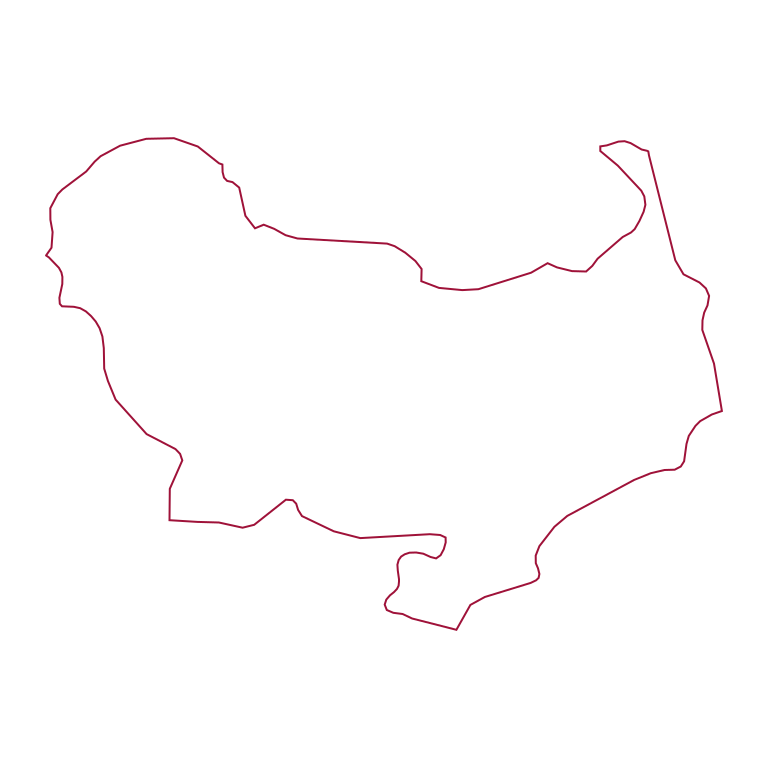 the border of Skikda
{"feature_id": "DZA-2166", "entity_name": "Skikda", "entity_type": "Province", "adm_level": 1, "iso_a3": "DZA", "parent_name": "Algeria", "parent_adm1": "", "projection": "albers", "projection_center": [6.827, 36.763], "detail": "fine", "context": "isolated", "style": "outline", "palette": "rose", "viewbox_px": 768, "rotation_deg": 0, "n_neighbors": 0, "source": "natural_earth", "source_scale": "10m", "svg_char_len": 2058}
<svg xmlns="http://www.w3.org/2000/svg" viewBox="0 0 768 768"><path d="M46.1,255.4L51.5,247.7L52.6,232.1L50.4,219.8L50.3,208.2L57.7,194.2L62.3,189.5L86.2,171.5L94.7,161.6L100.6,156.2L120.1,145.7L146.3,138.8L174.0,138.2L197.8,146.5L219.0,163.3L222.4,164.5L222.6,172.1L224.0,177.6L227.1,180.9L232.5,182.1L239.2,187.6L245.4,215.8L255.0,228.3L263.7,224.7L274.1,228.8L285.6,235.2L297.5,238.5L387.1,243.6L394.7,246.2L405.4,252.8L415.4,261.0L421.6,269.0L421.3,281.2L439.0,287.9L462.3,290.1L478.4,289.2L531.1,272.7L547.6,263.2L557.0,267.4L572.0,271.1L586.1,271.5L592.3,265.9L597.6,258.7L622.7,237.0L631.0,232.5L634.7,229.1L639.4,221.0L643.6,211.8L645.4,204.8L644.3,196.4L641.3,190.7L617.8,165.6L600.3,151.0L600.3,146.4L606.8,145.4L618.4,141.6L624.6,141.2L630.6,143.1L641.6,149.5L647.1,150.8L648.3,151.4L649.0,155.5L675.3,260.3L683.5,274.3L699.5,282.5L705.9,288.4L709.1,295.9L707.5,305.4L704.2,312.6L702.5,320.3L702.3,329.9L714.0,363.6L721.9,411.0L711.8,414.5L700.2,421.1L695.5,425.8L688.8,435.9L686.5,443.9L684.1,461.3L680.8,466.5L674.7,469.7L664.5,470.0L650.8,473.2L634.2,479.9L567.3,515.9L554.4,526.8L539.4,546.1L535.7,555.6L535.8,563.2L538.0,568.3L539.4,574.0L538.6,577.9L536.1,580.3L530.7,582.9L484.8,597.0L470.4,604.9L456.4,629.8L412.1,618.5L402.6,614.0L393.3,612.8L386.8,610.0L384.7,604.6L386.3,599.6L390.0,595.3L394.0,592.1L397.0,588.9L398.6,585.7L399.0,581.6L399.0,579.2L397.8,570.6L397.4,564.7L398.7,560.0L401.1,556.6L404.7,554.3L409.5,552.7L416.1,552.5L423.3,553.7L430.6,557.0L436.1,558.4L440.6,555.2L443.8,549.2L445.7,542.4L445.6,537.5L440.2,535.0L429.8,534.2L360.3,538.1L333.8,531.3L302.0,516.1L298.1,509.9L296.2,503.7L292.8,500.2L285.9,499.7L254.2,524.8L242.6,527.7L218.9,522.5L197.4,521.9L169.5,520.2L169.8,488.8L182.3,460.4L180.1,453.9L175.5,449.1L146.6,434.1L115.6,399.6L107.9,380.9L104.2,368.6L103.8,348.1L102.4,336.5L99.6,328.2L95.7,321.5L91.1,316.1L85.9,311.4L80.2,308.2L73.9,306.8L62.0,306.3L59.8,303.8L59.4,297.8L62.3,284.0L62.4,276.9L61.4,272.4L58.9,267.8L48.9,257.4L46.1,255.5L46.1,255.4Z" fill="none" stroke="#9f1239" stroke-width="2"/></svg>